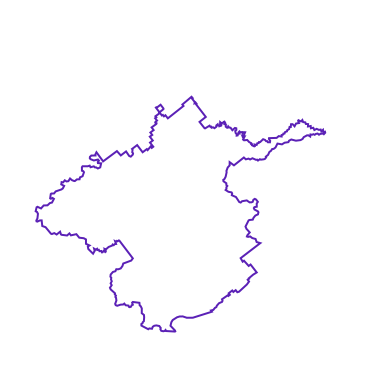 Blue Mountains, New South Wales, Australia (Mercator projection), rotated 43°
{"feature_id": "25037944B17662775697590", "entity_name": "Blue Mountains", "entity_type": "district", "adm_level": 2, "iso_a3": "AUS", "parent_name": "Australia", "parent_adm1": "New South Wales", "projection": "mercator", "projection_center": [150.399, -33.632], "detail": "fine", "context": "isolated", "style": "outline", "palette": "violet", "viewbox_px": 384, "rotation_deg": 43, "n_neighbors": 0, "source": "geoboundaries", "source_scale": "gbopen_adm2", "svg_char_len": 6052}
<svg xmlns="http://www.w3.org/2000/svg" viewBox="0 0 384 384"><g transform="rotate(43 192 192)"><path d="M294.8,218.6L292.6,218.2L292.9,216.5L292.4,216.4L293.1,210.7L294.2,206.7L284.3,205.1L283.9,207.4L276.9,206.8L276.6,208.4L272.7,207.2L276.8,182.8L273.4,184.5L270.5,183.0L267.5,184.6L264.9,184.8L263.6,186.6L262.5,187.1L262.0,185.9L261.8,182.2L257.0,181.8L254.7,180.8L252.8,174.3L253.0,173.4L255.3,170.8L254.6,168.9L254.4,166.0L255.5,163.4L254.4,161.5L253.6,161.2L249.6,162.2L248.2,161.6L248.0,160.5L249.4,158.6L247.2,156.3L246.9,154.3L244.0,153.8L242.6,154.2L242.2,155.8L243.1,157.8L242.5,159.0L241.2,160.3L237.8,160.8L234.9,164.6L234.8,166.5L233.4,167.1L227.6,165.7L223.3,167.2L222.3,165.6L221.2,165.3L218.5,167.0L215.2,167.6L215.0,166.1L213.9,165.1L213.7,163.5L212.4,163.5L211.1,162.2L207.7,162.7L206.6,161.8L206.9,160.5L206.2,157.9L203.9,154.0L202.8,153.1L201.4,149.7L201.4,146.9L199.2,144.5L204.5,143.9L206.4,131.4L209.1,131.4L210.6,129.0L212.3,128.6L213.2,126.1L216.9,124.8L217.6,123.9L218.8,124.0L219.3,121.7L220.3,121.4L222.3,119.0L222.8,117.9L222.6,116.1L221.9,115.8L222.3,112.9L221.3,110.0L221.7,107.9L221.3,106.0L222.3,104.8L222.7,102.5L221.5,98.3L225.3,95.8L226.1,92.8L228.5,89.8L228.0,88.3L228.8,85.9L233.0,83.6L236.0,80.0L236.7,77.8L236.3,75.7L237.5,72.1L238.4,71.2L240.6,70.8L239.4,69.1L240.7,68.3L241.4,66.9L242.7,66.5L243.0,65.0L244.0,63.6L245.8,63.5L246.3,61.8L248.1,59.8L249.0,59.8L249.0,57.8L248.1,57.2L247.2,58.7L245.4,57.2L245.2,59.4L243.5,58.6L242.5,60.0L240.1,60.8L239.2,63.2L236.9,62.3L235.5,64.3L233.8,62.8L232.1,65.0L230.6,63.2L228.8,64.6L227.4,63.8L225.6,65.1L223.6,64.1L223.6,66.1L220.9,66.9L221.0,67.5L223.2,68.6L221.4,71.0L222.2,74.0L219.3,73.8L218.2,74.9L219.9,77.1L219.0,77.9L220.1,79.8L219.5,82.0L220.1,82.9L219.2,84.6L219.8,86.2L219.0,86.9L219.4,88.1L218.7,89.2L219.7,90.3L217.3,92.0L217.0,94.7L211.6,100.1L212.0,100.7L214.3,101.3L215.1,102.5L213.5,103.9L212.4,103.5L211.5,104.3L209.9,104.1L208.0,104.9L207.8,109.0L206.9,109.9L207.4,110.8L206.5,111.8L207.2,113.5L205.5,114.5L206.7,115.6L206.4,116.2L204.0,116.9L203.5,116.0L202.4,116.6L201.9,115.9L199.9,116.5L196.9,116.3L194.8,118.7L193.6,118.8L192.7,115.7L191.8,117.2L190.2,116.4L191.2,115.0L190.1,112.1L189.1,112.9L188.8,114.5L187.9,113.9L186.5,115.4L185.4,115.3L185.4,116.7L186.8,117.0L186.1,118.0L186.8,119.5L186.2,120.3L185.4,119.3L183.7,119.1L182.0,117.9L182.1,116.3L180.9,115.2L179.7,115.9L179.4,119.3L176.4,118.7L175.1,119.5L173.7,119.3L174.2,120.7L173.8,121.1L172.1,121.2L170.8,119.6L169.6,120.2L169.3,118.9L167.7,118.4L167.4,119.1L168.0,119.6L167.1,120.8L166.1,121.7L165.0,121.7L166.1,123.0L167.5,122.5L168.1,123.5L167.2,125.2L166.5,124.6L165.6,125.7L164.6,125.0L164.4,126.7L165.3,127.9L164.9,130.0L163.3,130.3L162.5,131.6L161.5,131.1L161.0,131.8L159.6,131.5L158.2,136.5L157.7,136.8L149.7,135.6L150.9,127.7L135.1,125.1L135.2,124.4L133.4,124.1L133.2,125.2L132.5,124.3L128.4,123.7L128.5,122.9L126.7,122.7L125.3,134.6L127.1,134.9L124.1,154.6L120.2,154.0L119.9,155.8L118.1,155.5L117.8,156.6L113.9,155.9L114.6,150.9L114.2,150.4L109.5,149.6L108.7,154.4L108.1,154.4L108.0,154.9L113.3,155.8L114.4,157.4L113.6,161.5L115.0,161.7L114.7,163.2L117.7,163.6L117.4,165.5L117.8,166.3L119.2,165.9L119.5,166.6L118.4,172.3L121.7,172.9L121.0,176.9L124.0,177.4L123.4,180.3L128.2,181.1L127.6,184.5L132.8,185.3L132.5,187.2L130.7,186.9L131.0,191.6L129.7,191.4L128.8,196.6L119.9,195.1L118.8,201.4L119.6,201.5L121.2,203.7L122.5,203.9L123.2,205.0L123.1,207.9L121.5,208.5L116.1,207.3L115.0,213.8L109.2,213.3L106.1,230.2L95.0,228.1L95.7,230.4L96.5,231.1L93.5,234.0L93.4,235.9L94.2,237.0L95.3,237.2L98.7,235.9L101.1,232.4L102.6,232.6L102.6,234.3L103.5,235.0L106.0,233.0L108.1,236.6L107.1,239.0L105.1,239.4L104.3,240.2L102.7,240.2L100.9,243.1L99.2,242.5L98.2,244.3L94.4,247.8L94.6,249.0L97.0,251.5L98.3,250.9L99.5,251.2L101.2,255.1L100.1,257.7L101.1,259.4L99.2,261.3L98.9,263.7L98.4,264.3L96.2,265.2L93.6,265.3L94.2,268.4L93.0,269.9L91.0,270.2L91.2,272.8L89.9,273.7L91.2,275.6L94.3,274.7L95.1,277.5L94.8,279.1L91.9,284.5L92.1,287.2L90.2,289.0L90.1,289.8L92.6,293.4L93.4,293.2L94.0,291.5L95.7,291.2L96.8,295.2L95.6,297.1L95.4,300.3L92.7,303.0L92.8,307.0L89.1,308.2L88.8,309.2L90.8,312.7L92.3,312.3L94.2,313.0L97.0,316.8L97.6,319.0L98.3,319.5L99.1,319.1L100.1,316.6L101.4,315.3L105.7,319.0L108.9,317.6L117.2,318.7L118.2,318.3L119.3,316.0L122.0,315.4L122.6,311.0L125.1,312.4L125.9,312.2L130.3,309.0L130.6,305.9L133.0,306.3L136.2,301.7L140.7,302.3L144.4,299.6L146.8,299.0L149.8,302.2L153.5,301.0L153.0,302.9L155.0,304.4L161.7,304.6L161.0,301.5L159.0,300.2L161.0,299.7L161.3,298.3L162.4,298.9L163.2,297.8L164.7,298.4L165.9,297.0L167.3,297.6L167.7,297.1L167.5,294.9L169.5,295.1L169.6,294.4L169.0,293.8L167.0,293.1L168.2,292.5L168.5,289.1L170.1,285.7L169.8,284.5L171.0,284.3L171.1,282.7L171.9,281.8L169.3,280.4L170.4,280.1L170.4,279.0L171.2,278.8L171.5,277.3L172.0,277.1L194.0,280.9L194.3,283.6L190.5,291.2L191.6,293.5L192.0,296.5L190.8,298.8L189.3,300.1L190.0,302.2L188.7,304.4L188.8,307.8L190.1,309.6L191.5,309.8L192.3,311.1L194.2,312.0L194.8,314.3L196.8,314.9L197.3,318.0L199.0,318.7L204.8,318.6L205.3,319.5L207.1,319.7L207.5,321.0L208.6,321.2L210.7,322.9L212.1,326.2L213.4,326.8L214.9,326.2L216.6,323.1L218.4,321.2L218.6,319.8L220.7,320.1L223.0,318.4L224.3,319.0L225.0,318.7L225.6,317.5L225.1,316.0L225.6,314.8L223.7,313.8L223.7,312.8L229.1,308.9L231.1,310.6L232.4,310.5L234.7,311.4L237.9,314.9L240.7,314.7L242.4,316.2L244.9,319.3L244.8,320.8L245.3,321.7L245.0,323.1L246.1,324.2L253.6,322.2L253.8,320.9L256.0,319.3L255.2,317.3L255.6,315.6L256.9,313.9L259.5,312.3L261.9,312.8L262.4,313.9L264.2,314.5L266.0,313.4L266.8,312.2L266.8,311.0L267.8,311.4L274.7,305.7L274.8,305.3L274.0,304.9L267.5,304.5L265.7,301.3L265.2,298.8L266.5,293.8L267.9,291.4L270.1,289.3L274.0,287.5L278.4,283.3L288.2,266.0L286.7,265.7L288.0,263.7L287.8,261.1L288.3,259.6L287.7,258.2L287.6,254.9L288.9,251.9L288.5,250.7L287.1,250.0L288.6,243.1L289.5,243.2L289.8,241.4L287.9,241.0L288.6,236.6L290.4,236.9L290.9,234.0L293.5,234.4L294.4,232.8L295.2,222.3L294.8,218.6Z" fill="none" stroke="#5b21b6" stroke-width="2"/></g></svg>